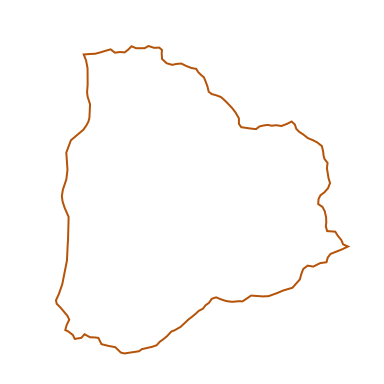 Juarina, Tocantins, Brazil, rotated 353°
{"feature_id": "56859067B90151409267562", "entity_name": "Juarina", "entity_type": "district", "adm_level": 2, "iso_a3": "BRA", "parent_name": "Brazil", "parent_adm1": "Tocantins", "projection": "mercator", "projection_center": [-49.096, -8.132], "detail": "fine", "context": "isolated", "style": "outline", "palette": "amber", "viewbox_px": 384, "rotation_deg": 353, "n_neighbors": 0, "source": "geoboundaries", "source_scale": "gbopen_adm2", "svg_char_len": 2175}
<svg xmlns="http://www.w3.org/2000/svg" viewBox="0 0 384 384"><g transform="rotate(353 192 192)"><path d="M43.8,282.9L44.1,286.5L47.2,290.4L53.3,299.8L54.6,303.8L51.4,308.7L49.4,313.6L52.3,315.4L56.4,319.5L57.7,323.5L64.3,323.3L68.0,320.1L73.0,323.7L77.7,324.5L81.3,325.4L83.6,332.0L90.4,334.6L97.0,336.7L101.8,342.7L105.3,344.0L120.0,343.6L123.0,341.9L133.4,340.8L138.2,339.8L141.8,336.7L145.0,335.0L149.6,332.1L154.4,328.0L157.9,327.1L164.2,324.5L172.8,318.2L176.4,316.1L180.6,313.4L184.2,310.8L188.7,309.1L191.6,306.1L195.3,304.1L198.6,300.4L203.1,299.5L207.2,301.8L212.6,304.4L218.4,305.9L225.0,306.1L228.8,306.7L232.7,304.8L238.0,302.0L249.8,304.3L255.4,304.7L264.1,302.7L270.4,300.9L280.0,299.3L288.5,291.8L290.4,286.9L293.1,281.9L297.8,279.2L303.3,280.8L310.6,278.2L316.9,278.1L318.8,273.5L322.0,270.3L334.0,267.2L340.2,265.1L335.6,262.4L334.3,257.8L331.4,253.2L329.3,248.8L324.7,247.9L321.4,247.3L320.6,242.4L321.6,238.6L322.0,233.2L321.4,227.3L319.7,222.7L315.8,219.4L316.7,214.5L319.0,211.0L323.3,208.5L327.5,204.8L330.1,199.9L329.2,195.0L329.0,189.7L328.8,184.7L330.1,179.7L327.5,175.3L327.0,171.7L327.1,168.1L326.5,162.3L322.4,158.1L318.3,155.3L313.5,152.6L309.4,148.4L305.7,145.3L303.2,142.0L302.3,137.5L299.5,134.2L294.4,136.0L288.7,137.4L283.9,136.0L279.1,135.9L275.2,134.6L271.0,134.7L266.8,135.2L263.2,137.4L258.1,136.2L252.6,134.7L248.8,133.7L246.9,130.2L247.5,124.5L244.7,118.0L242.0,113.5L238.4,108.6L235.2,104.5L232.2,101.2L227.3,98.7L223.5,97.2L220.8,94.5L220.2,89.1L219.0,84.1L217.8,79.6L215.1,76.8L212.6,73.5L211.2,70.3L206.7,68.9L201.9,66.4L197.0,63.2L191.9,63.0L187.9,63.4L182.5,61.1L178.5,56.3L178.8,50.8L179.5,47.4L177.1,44.7L172.0,44.3L166.6,41.8L162.5,43.5L158.1,43.0L153.9,42.4L149.7,40.0L146.2,42.8L142.2,45.2L137.5,44.3L132.5,44.3L128.6,40.5L124.1,41.2L118.4,42.2L112.5,43.0L107.8,42.6L101.3,42.3L102.9,48.5L103.4,56.6L101.5,72.8L100.0,80.2L100.0,84.6L101.5,92.5L99.2,106.0L97.6,109.8L95.0,113.4L91.7,117.0L78.1,125.9L72.0,137.7L71.8,142.3L71.1,154.9L68.8,164.2L64.1,174.0L62.3,180.3L62.4,185.9L63.7,192.3L66.5,201.7L63.1,224.6L62.4,228.0L59.5,244.9L52.0,267.7L47.5,276.9L43.8,282.9Z" fill="none" stroke="#b45309" stroke-width="2"/></g></svg>